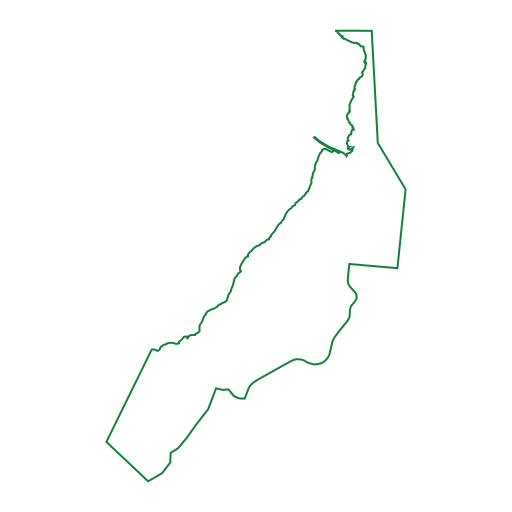 outline of Ngebuked, Ngaraard, Palau
{"feature_id": "81905179B15793502543785", "entity_name": "Ngebuked", "entity_type": "district", "adm_level": 2, "iso_a3": "PLW", "parent_name": "Palau", "parent_adm1": "Ngaraard", "projection": "albers", "projection_center": [134.626, 7.627], "detail": "fine", "context": "isolated", "style": "outline", "palette": "green", "viewbox_px": 512, "rotation_deg": 0, "n_neighbors": 0, "source": "geoboundaries", "source_scale": "gbopen_adm2", "svg_char_len": 6013}
<svg xmlns="http://www.w3.org/2000/svg" viewBox="0 0 512 512"><path d="M371.7,30.8L335.1,30.7L336.8,31.1L337.3,31.7L337.6,32.5L338.6,33.3L339.1,34.1L339.7,34.2L340.2,34.7L340.1,35.1L341.4,35.8L341.2,36.0L341.4,36.9L341.8,37.0L342.2,36.7L342.7,36.7L342.4,37.9L343.8,38.9L345.0,38.6L347.4,40.3L348.5,40.8L350.6,41.7L351.5,42.2L354.1,43.0L354.5,42.9L355.1,42.9L356.7,43.3L357.0,43.0L357.3,43.2L357.4,43.5L358.0,43.7L359.0,44.4L359.3,44.3L359.8,45.2L360.8,46.3L361.9,46.5L362.9,46.4L363.5,46.9L363.8,47.7L363.6,48.5L363.8,49.8L364.0,50.6L364.8,51.9L364.7,52.8L364.9,53.4L365.3,53.9L365.8,54.7L365.8,55.3L365.6,56.0L365.8,56.7L365.6,57.5L365.8,58.2L365.6,59.2L365.1,59.7L364.8,60.2L365.2,60.9L364.9,61.3L364.4,61.6L364.4,62.4L364.7,62.8L365.5,63.1L366.1,62.9L366.2,63.5L365.9,64.1L365.3,65.8L365.2,66.7L365.4,67.9L364.1,69.5L363.3,70.9L362.8,71.5L362.3,71.7L362.0,72.7L362.7,73.6L362.5,75.1L362.3,75.5L362.1,76.3L359.9,77.5L359.4,78.0L359.2,78.7L358.8,78.7L358.5,79.4L357.2,80.2L356.7,81.2L356.7,81.8L356.4,81.9L356.3,82.5L355.8,82.6L355.8,83.0L355.6,84.0L355.2,84.9L355.1,85.8L354.7,86.1L354.5,86.7L354.4,87.8L354.8,88.3L354.4,88.8L354.5,89.7L354.7,89.8L354.2,90.2L354.4,90.5L354.0,91.1L353.5,91.4L353.2,92.1L353.4,92.8L353.2,93.2L353.2,94.0L352.9,94.8L353.4,96.0L353.0,96.0L353.3,96.6L353.2,97.2L352.9,98.0L351.6,99.8L351.4,100.5L350.3,103.0L349.5,104.9L349.5,106.1L349.7,108.0L349.5,109.5L349.6,110.2L349.6,110.6L349.8,111.0L349.3,111.6L349.6,111.9L349.4,112.3L348.9,112.3L348.7,112.9L347.6,113.7L347.4,114.8L346.8,115.4L346.8,116.7L347.3,117.4L347.2,118.0L347.7,118.4L347.8,118.9L347.5,119.1L347.8,119.5L348.4,120.1L348.7,121.4L349.2,122.5L350.1,122.9L350.0,123.4L350.4,124.2L351.8,125.4L352.5,125.7L352.6,126.3L352.4,127.0L352.5,127.6L352.8,128.0L353.4,128.1L353.3,128.6L353.5,128.9L353.7,129.4L352.8,129.1L352.4,129.3L352.3,129.9L351.5,131.0L351.4,132.2L351.2,132.8L351.2,133.3L351.7,134.0L351.3,133.8L351.2,134.2L350.7,134.5L350.1,134.6L349.7,134.8L349.2,135.2L348.3,136.6L347.7,138.8L347.7,139.8L348.5,140.6L347.4,141.3L347.1,142.3L346.9,143.1L347.1,144.0L348.0,145.9L348.4,146.4L348.8,146.7L349.4,146.8L348.5,147.3L348.1,147.8L348.3,148.2L348.0,148.4L348.1,149.2L349.2,149.6L350.0,149.5L350.9,149.1L352.1,148.4L352.7,147.6L353.1,147.5L352.8,147.9L352.6,149.8L352.4,150.7L352.1,151.2L351.5,151.1L350.6,152.6L349.8,153.0L349.1,152.9L346.8,154.0L346.4,154.5L347.0,155.1L346.8,155.8L346.5,156.2L346.2,155.4L343.5,153.2L343.3,152.9L333.9,148.8L331.0,147.8L327.8,146.2L319.1,140.8L314.9,137.1L314.0,137.6L320.0,142.5L329.0,147.8L331.4,148.9L334.4,149.9L338.9,151.8L339.2,152.2L339.3,152.9L339.1,153.0L338.4,153.0L337.6,152.1L336.5,151.8L335.2,150.5L334.5,150.5L333.9,150.6L333.5,151.3L332.7,151.4L332.0,152.2L331.1,151.9L330.2,151.1L328.6,150.6L327.2,149.8L326.5,149.3L325.4,149.0L325.3,148.9L324.8,148.8L324.0,149.2L323.2,149.2L322.4,149.6L322.1,150.1L322.1,151.3L321.3,152.0L320.6,152.8L320.0,153.3L318.9,155.8L318.4,156.5L318.2,157.8L317.8,159.1L317.6,160.1L317.3,160.9L316.4,161.9L316.0,162.6L315.7,163.4L314.9,166.4L314.9,169.1L314.0,171.5L313.4,172.2L312.9,173.6L312.6,175.8L312.2,176.8L312.5,177.6L311.8,177.9L311.5,179.0L311.2,180.5L311.5,181.5L311.5,182.3L311.4,183.0L310.3,185.6L309.8,186.3L309.7,187.6L308.2,190.4L308.0,191.4L307.0,191.8L306.0,192.6L306.0,193.5L305.6,194.0L304.8,194.5L304.4,195.7L302.7,196.7L302.3,197.1L301.4,198.4L301.3,198.9L300.5,198.9L299.4,199.6L298.7,200.8L296.6,202.3L295.8,203.0L295.2,204.1L295.0,205.0L294.6,205.4L293.5,205.8L292.4,206.6L291.7,207.6L290.8,208.5L289.4,209.4L288.4,210.4L286.3,213.1L284.8,216.5L284.2,217.5L283.9,218.7L283.2,219.6L282.1,220.7L281.5,221.9L281.1,222.6L280.5,222.9L279.6,223.9L278.7,224.4L278.0,225.2L274.4,231.5L273.0,232.9L272.0,234.1L271.3,234.8L271.2,235.8L270.9,236.4L269.8,237.0L269.4,237.9L269.2,239.3L267.6,239.5L266.7,240.0L265.3,241.3L265.0,241.8L264.3,242.2L261.9,243.1L259.8,244.6L259.5,245.4L257.7,245.7L254.6,247.5L252.4,249.6L251.7,250.7L250.2,251.8L248.6,253.5L248.2,254.2L247.9,254.9L248.0,256.1L247.8,256.6L247.4,256.4L246.7,256.7L246.3,257.2L245.2,258.0L243.6,260.4L243.0,261.6L242.2,262.7L240.8,265.3L240.0,267.3L239.8,269.1L239.9,269.7L240.3,270.1L241.0,271.3L240.8,271.7L240.1,271.9L239.8,272.3L237.9,273.8L237.5,274.5L237.2,275.7L235.1,277.7L234.4,279.1L234.0,280.3L233.9,281.3L233.4,283.0L233.1,284.8L231.2,289.2L231.1,290.3L230.2,292.4L228.9,294.0L228.4,295.0L227.5,298.2L226.6,300.7L223.7,302.7L222.0,303.0L221.4,303.8L220.2,304.5L219.3,304.6L216.7,307.0L215.3,307.9L213.1,309.0L210.9,309.6L209.6,310.6L208.7,310.8L207.3,311.6L206.1,313.3L205.8,314.2L204.7,315.5L203.4,317.6L203.3,318.6L202.6,319.9L202.1,321.4L201.5,322.6L200.6,323.7L199.5,325.9L199.5,331.3L198.2,332.5L197.9,332.9L197.1,333.1L195.4,333.9L195.3,334.8L195.0,335.0L192.1,334.9L190.0,335.4L189.3,335.8L188.4,336.7L188.0,337.9L187.4,338.2L187.5,337.4L187.3,336.8L186.6,336.4L185.5,336.7L184.3,336.6L183.6,337.0L183.2,337.9L182.5,338.6L181.8,339.6L179.6,341.4L179.1,341.5L179.0,342.2L179.2,342.7L179.0,343.3L178.3,343.7L176.8,343.7L176.2,343.9L175.3,343.7L173.9,343.1L172.5,342.9L170.8,342.8L169.1,342.9L167.5,343.3L165.6,344.5L164.6,344.6L163.5,345.0L162.3,345.9L161.6,346.6L161.0,346.6L160.2,347.8L159.8,349.3L159.1,350.1L158.0,350.7L156.8,350.8L155.9,350.1L154.8,349.5L153.7,349.6L152.2,349.4L151.7,349.6L106.4,441.9L148.1,481.3L162.3,473.0L170.2,462.6L170.7,452.9L178.1,448.2L186.8,437.8L196.4,424.3L208.2,409.1L216.1,388.3L222.5,389.9L228.4,389.4L233.9,396.0L239.2,398.4L244.7,398.6L248.4,388.9L250.0,385.8L253.0,382.8L258.2,379.4L278.0,368.3L290.3,361.5L293.4,360.0L296.2,359.2L301.1,359.5L304.2,360.5L307.9,362.7L311.2,363.7L314.0,364.4L317.6,364.1L320.1,363.6L322.6,362.6L324.9,361.0L328.2,357.2L329.4,354.6L332.5,341.4L334.2,337.8L338.9,331.4L347.5,320.9L349.0,318.1L349.6,316.6L349.9,310.6L350.3,308.2L351.0,306.1L354.4,302.2L355.8,300.1L356.6,298.4L356.6,296.3L356.4,294.5L355.1,292.3L350.2,287.0L348.5,284.2L347.7,280.6L348.2,274.6L349.4,264.0L397.4,268.2L405.6,189.3L377.8,143.0L371.7,30.8Z" fill="none" stroke="#15803d" stroke-width="2"/></svg>